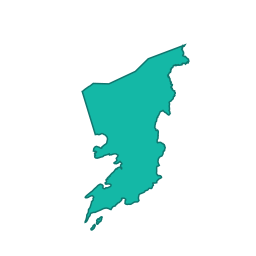 La Cruz, Guanacaste, Costa Rica (Mercator projection), rotated 313°
{"feature_id": "36466004B52146458356886", "entity_name": "La Cruz", "entity_type": "district", "adm_level": 2, "iso_a3": "CRI", "parent_name": "Costa Rica", "parent_adm1": "Guanacaste", "projection": "mercator", "projection_center": [-85.604, 11.009], "detail": "fine", "context": "isolated", "style": "filled", "palette": "teal", "viewbox_px": 256, "rotation_deg": 313, "n_neighbors": 0, "source": "geoboundaries", "source_scale": "gbopen_adm2", "svg_char_len": 5897}
<svg xmlns="http://www.w3.org/2000/svg" viewBox="0 0 256 256"><g transform="rotate(313 128 128)"><path d="M226.2,113.3L227.6,113.0L192.4,95.6L174.4,94.8L147.2,83.9L136.9,72.2L132.9,71.6L131.6,71.1L126.7,70.1L123.8,69.8L123.5,69.6L100.9,108.6L102.6,109.9L102.9,110.8L103.8,111.7L105.8,112.4L106.7,113.5L106.9,114.9L107.4,116.0L107.3,117.3L107.1,118.9L106.1,120.5L102.4,122.7L101.1,122.7L99.6,122.3L96.5,121.9L96.1,121.9L95.6,122.4L95.3,122.4L94.5,121.6L94.4,120.5L93.1,117.5L92.0,116.9L90.9,116.8L89.3,117.2L88.7,117.7L87.6,118.4L87.9,118.8L87.9,119.7L88.9,120.2L89.0,121.3L88.0,121.4L86.5,121.0L86.2,121.3L85.8,122.8L84.9,122.6L84.0,123.8L84.1,124.9L85.0,126.1L86.4,127.0L88.6,128.2L89.0,128.6L90.3,129.2L91.2,129.1L95.5,131.6L96.3,131.9L96.1,132.4L95.6,132.7L95.6,132.9L96.3,133.3L97.2,134.2L98.4,134.7L100.0,135.8L100.9,136.9L101.1,138.2L101.4,138.9L101.2,139.4L99.8,140.0L97.8,140.1L96.8,142.0L95.0,142.0L93.3,141.5L92.8,141.6L92.8,142.4L94.0,143.9L95.6,144.6L98.1,145.0L97.9,147.6L97.5,148.0L95.9,147.8L95.6,148.1L94.5,149.2L94.5,150.7L93.8,151.1L93.7,150.6L94.2,149.8L94.2,149.3L93.6,148.5L92.3,147.8L91.3,147.5L90.5,147.9L90.2,147.7L90.0,147.1L88.4,147.1L87.1,147.4L85.4,147.4L83.7,147.1L81.1,147.2L80.8,147.2L80.7,147.6L79.9,147.2L79.5,147.6L78.9,147.1L77.2,147.1L77.0,148.0L76.5,147.9L75.9,147.3L75.4,147.2L74.9,147.5L74.6,148.4L74.1,148.9L73.1,149.0L72.4,148.7L71.8,149.4L71.9,150.2L73.8,151.8L74.9,153.6L74.9,154.2L74.6,154.6L73.8,155.0L73.1,155.0L70.5,153.9L69.9,153.5L69.7,153.1L69.1,152.5L67.8,152.5L67.3,151.9L67.0,150.3L68.0,149.8L68.8,149.0L68.8,147.5L68.0,146.0L66.3,145.4L65.3,145.2L63.3,145.2L60.6,144.9L57.4,144.9L56.2,144.6L50.1,143.8L48.2,143.9L48.1,144.0L48.0,144.4L48.9,145.5L50.2,146.2L52.1,146.7L53.1,147.3L54.1,147.8L54.3,149.0L54.0,150.2L52.7,150.4L52.0,151.3L51.5,151.6L49.0,151.7L48.6,152.2L43.9,154.5L41.5,154.7L39.2,156.5L36.4,157.2L34.5,158.6L31.9,160.0L30.5,160.4L29.8,161.0L30.3,161.3L31.5,161.4L33.3,161.0L35.7,160.1L37.6,160.0L39.0,159.5L39.6,159.0L40.3,159.0L42.6,160.2L43.9,161.5L45.9,162.3L49.6,164.0L51.9,164.8L53.6,165.8L54.9,167.0L55.9,168.8L56.4,170.6L56.8,171.2L57.9,170.9L59.7,170.6L60.8,170.9L62.5,171.9L63.7,171.5L65.1,171.8L65.8,171.6L67.3,172.3L69.9,172.5L71.5,172.3L71.9,171.5L72.4,171.4L73.4,172.3L74.1,173.2L74.3,174.9L73.8,175.5L72.7,175.6L72.2,176.2L70.8,177.2L70.8,178.1L71.2,179.0L71.7,179.7L72.9,180.6L73.5,181.5L74.3,182.1L78.3,183.2L80.3,185.2L80.9,185.5L82.4,185.5L83.4,183.9L84.3,183.0L86.6,181.6L87.7,181.6L91.1,183.2L92.5,183.7L93.9,183.4L94.9,184.1L96.2,184.7L98.1,184.5L98.8,185.1L99.5,186.2L99.8,186.4L100.6,186.4L102.5,185.5L103.3,185.7L104.6,183.8L105.6,184.5L105.9,185.1L107.6,186.3L108.6,185.4L109.5,185.3L112.2,185.4L112.8,185.8L114.6,186.3L115.2,185.5L115.2,184.4L114.3,182.9L113.6,182.5L113.9,180.5L114.6,179.4L115.6,178.8L118.4,176.1L119.2,175.6L119.9,175.4L120.9,176.1L122.0,176.4L122.8,174.4L123.7,172.9L126.0,171.3L128.0,170.9L129.1,171.1L130.6,171.8L130.9,171.8L132.5,171.4L133.6,170.8L134.1,170.3L135.2,169.8L135.6,169.8L136.1,170.2L136.5,170.1L136.9,169.6L138.1,169.1L139.3,168.3L139.3,167.3L139.9,167.1L140.5,165.8L140.2,165.5L140.4,164.0L140.0,163.8L139.8,161.7L138.9,160.9L138.7,160.5L138.2,160.3L137.8,159.7L137.4,159.6L137.4,159.3L138.1,158.4L139.1,157.5L139.7,157.2L140.4,157.2L141.3,156.7L142.0,155.8L142.6,155.6L142.8,155.2L143.1,155.2L143.7,154.4L144.1,154.2L144.3,153.9L145.0,153.5L146.0,152.6L146.5,151.7L146.6,151.0L145.5,150.5L145.4,149.9L146.1,149.2L146.4,148.4L146.4,147.4L146.7,147.0L147.6,146.6L147.9,146.2L150.0,145.0L150.9,144.2L152.1,144.3L152.4,144.2L154.9,142.4L156.3,142.4L156.5,141.9L158.3,141.7L161.7,140.5L162.9,140.9L163.6,141.4L164.7,141.6L164.6,144.1L165.0,145.6L165.0,147.7L165.2,148.8L165.9,149.2L167.5,148.8L167.4,148.5L168.6,147.1L168.7,146.2L168.9,146.0L169.6,145.9L170.8,144.8L172.3,143.0L173.3,142.5L174.3,141.5L174.5,140.9L174.9,140.6L175.5,140.5L177.4,141.1L178.4,140.9L179.7,141.1L180.6,140.8L181.8,140.0L182.7,140.3L183.7,140.1L183.7,139.4L185.6,138.9L186.2,138.2L186.0,137.6L186.2,137.2L186.9,136.7L186.4,136.0L186.5,135.3L186.2,134.7L186.4,134.3L186.4,133.9L187.0,133.6L187.2,133.3L186.8,132.5L186.8,132.3L187.2,132.1L187.1,131.7L187.6,131.3L189.0,131.5L189.3,131.2L189.9,131.0L190.0,130.7L189.4,130.4L189.6,129.7L189.4,129.3L189.8,129.0L190.0,128.0L190.2,128.7L190.6,128.8L190.7,128.7L190.8,127.8L191.1,127.9L191.3,127.5L191.2,126.7L192.1,125.5L192.5,125.4L192.5,125.0L192.9,124.2L192.8,123.8L193.2,123.6L193.4,123.3L193.4,123.2L192.7,122.9L192.9,122.5L192.9,122.2L193.5,122.0L193.5,121.5L194.0,121.6L194.2,121.0L195.0,121.1L195.5,120.8L197.1,120.6L197.6,121.1L198.3,120.5L199.0,120.5L199.2,119.9L199.9,119.2L200.3,119.6L201.1,119.0L201.9,118.9L202.3,119.4L202.8,119.4L204.5,118.7L205.1,118.8L205.9,119.5L206.6,119.6L206.6,119.8L206.2,120.1L207.0,120.3L206.9,120.9L207.6,121.0L208.7,121.6L208.8,122.0L208.3,122.0L209.4,123.2L210.6,123.8L210.8,124.3L211.4,124.1L211.8,124.2L212.1,123.7L212.8,124.0L213.3,124.8L213.9,125.3L213.9,125.8L214.7,126.1L214.3,126.5L215.0,126.6L215.5,126.8L215.9,126.2L217.1,126.4L216.7,127.2L216.7,127.5L217.1,127.4L217.4,126.9L218.3,127.0L219.6,125.1L219.3,124.4L219.3,123.4L219.4,121.1L218.8,120.8L218.8,119.9L218.6,119.7L218.2,118.7L219.1,118.3L220.1,118.3L220.8,117.2L221.3,117.0L221.6,115.6L222.1,114.9L222.0,113.9L222.2,113.6L222.5,113.5L222.8,113.7L223.2,113.6L223.7,113.1L223.7,112.7L223.9,112.5L224.8,112.9L225.5,112.9L225.8,112.4L226.0,113.2L226.2,113.3ZM41.4,169.2L41.2,168.1L40.8,167.9L39.1,168.1L38.7,168.5L38.6,169.3L37.5,169.5L36.6,170.2L36.6,171.1L37.0,171.4L38.3,171.4L39.5,170.9L39.5,171.3L41.5,171.7L42.7,171.1L43.4,170.9L44.2,170.2L45.0,170.0L45.2,169.8L45.0,169.2L44.5,168.9L42.2,168.6L41.9,169.0L41.4,169.2ZM32.8,169.1L32.1,169.5L31.3,169.7L29.1,169.6L28.5,170.2L28.4,170.7L29.1,171.3L30.7,171.5L31.9,171.5L33.4,170.9L34.2,170.7L34.6,170.1L34.6,169.4L32.8,169.1Z" fill="#14b8a6" stroke="#0f766e" stroke-width="1.5"/></g></svg>